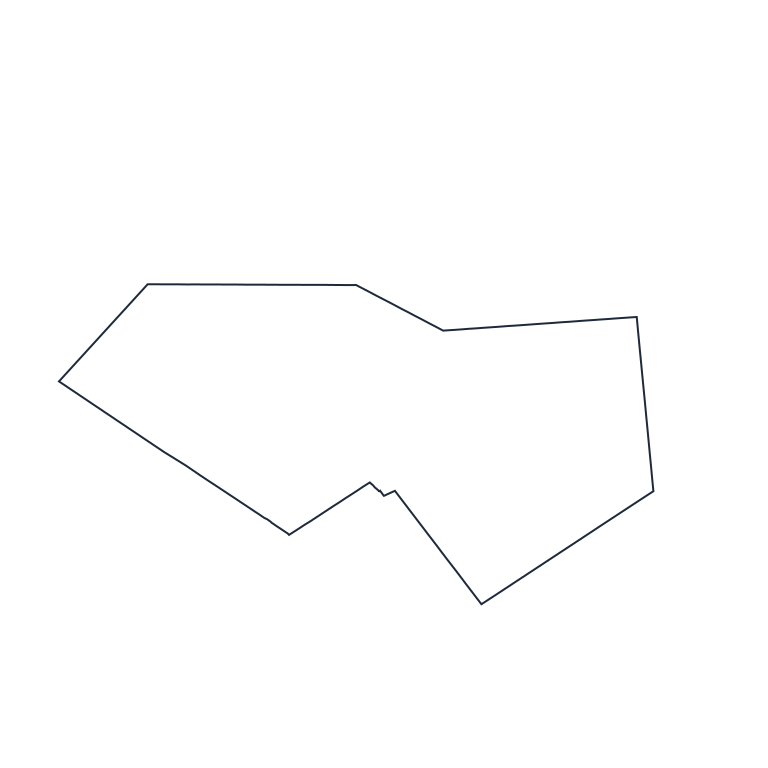 outline of Den Helder, Noord-Holland, Netherlands, rotated 28°
{"feature_id": "6326949B80665930632751", "entity_name": "Den Helder", "entity_type": "district", "adm_level": 2, "iso_a3": "NLD", "parent_name": "Netherlands", "parent_adm1": "Noord-Holland", "projection": "robinson", "projection_center": [4.789, 52.95], "detail": "fine", "context": "isolated", "style": "outline", "palette": "slate", "viewbox_px": 768, "rotation_deg": 28, "n_neighbors": 0, "source": "geoboundaries", "source_scale": "gbopen_adm2", "svg_char_len": 2996}
<svg xmlns="http://www.w3.org/2000/svg" viewBox="0 0 768 768"><g transform="rotate(28 384 384)"><path d="M371.0,561.8L371.3,561.3L371.5,560.9L376.6,551.8L378.1,549.1L378.2,548.9L378.9,547.6L379.9,545.8L380.8,544.2L381.7,542.7L382.8,540.9L383.3,539.9L384.0,538.8L384.4,538.0L384.9,537.0L385.1,536.7L393.4,521.5L396.4,516.0L399.1,511.2L401.3,507.2L403.5,503.1L403.6,502.9L403.7,502.7L405.7,499.2L408.5,494.2L410.5,490.6L413.4,485.1L417.1,478.6L417.7,477.6L418.1,477.7L418.2,477.8L418.8,477.9L418.9,478.0L419.2,478.0L419.3,478.1L419.5,478.1L419.8,478.1L420.1,478.2L420.3,478.2L420.6,478.3L421.0,478.4L421.4,478.5L421.7,478.5L422.0,478.6L422.5,478.8L422.9,479.0L423.4,479.2L423.7,479.3L423.9,479.4L424.2,479.5L424.5,479.6L425.0,479.8L425.4,479.8L425.9,479.9L426.2,480.0L426.5,480.0L427.1,480.2L427.6,480.3L428.1,480.4L428.3,480.4L428.6,480.5L428.9,480.6L429.2,480.8L429.5,480.9L429.7,481.0L429.8,481.0L430.0,481.0L430.2,480.9L430.3,480.9L430.6,480.6L430.9,480.3L430.9,480.2L432.2,480.8L433.6,481.5L435.0,482.2L436.4,482.8L436.6,482.6L437.6,481.3L437.6,481.2L437.8,481.0L438.3,480.3L438.4,480.2L439.4,478.9L439.5,478.8L440.3,477.7L440.6,477.3L440.7,477.2L442.0,475.5L443.8,473.2L453.8,477.8L467.7,484.2L484.5,491.9L489.3,494.1L492.5,495.6L495.6,497.0L507.9,502.6L513.6,505.3L522.5,509.4L537.6,516.2L544.9,519.6L548.5,521.3L555.9,524.7L573.4,532.7L578.1,524.2L579.5,521.7L635.7,418.8L641.5,408.1L666.0,363.4L672.2,352.2L665.1,341.5L659.0,332.2L651.7,321.2L644.2,309.8L642.8,307.7L637.8,300.1L629.9,288.2L623.2,278.0L615.1,265.8L607.8,254.8L600.4,243.6L592.9,232.3L585.3,220.8L575.7,206.2L570.5,209.4L564.4,213.2L558.0,217.2L551.2,221.5L545.4,225.1L539.2,229.0L532.1,233.4L531.3,233.9L525.3,237.7L518.5,242.0L511.5,246.3L504.9,250.5L501.2,252.8L497.5,255.1L489.2,260.3L481.9,264.9L472.8,270.6L465.8,274.9L459.2,279.1L452.8,283.1L445.4,287.7L439.4,291.5L433.2,295.3L426.3,299.7L419.9,303.7L419.7,303.8L411.8,308.7L411.3,309.1L404.9,309.1L395.1,309.2L386.1,309.2L379.0,309.3L370.9,309.3L365.6,309.4L361.9,309.4L352.5,309.4L344.0,309.5L336.0,309.6L326.1,309.6L316.3,309.7L312.9,309.7L309.4,311.6L302.8,315.1L296.9,318.2L290.5,321.5L284.2,324.8L276.3,329.0L269.7,332.5L261.7,336.7L253.0,341.3L245.8,345.1L238.6,348.9L231.7,352.5L223.6,356.8L216.8,360.4L208.3,364.8L201.1,368.6L193.5,372.6L185.5,376.8L178.0,380.8L171.1,384.4L163.5,388.5L156.7,392.0L150.1,395.5L142.7,399.4L135.5,403.2L128.5,406.9L95.8,534.3L221.4,547.3L245.6,548.9L247.1,549.0L253.5,549.7L263.4,550.8L263.6,550.8L263.8,550.9L266.4,551.1L274.3,551.9L285.3,552.9L306.0,554.9L329.3,557.2L329.9,557.3L330.1,557.3L330.3,557.3L330.9,557.4L331.5,557.4L332.6,557.5L340.9,558.4L341.3,558.4L341.9,558.4L342.2,558.4L342.6,558.4L343.2,558.3L343.7,558.3L344.2,558.3L344.3,558.3L344.5,558.3L345.7,558.4L346.1,558.5L347.7,558.7L348.4,558.8L348.8,558.9L349.3,559.0L349.7,559.2L349.8,559.2L350.2,559.3L350.4,559.3L351.5,559.4L354.9,559.8L369.2,561.2L369.3,561.2L369.5,561.3L370.5,561.6L371.0,561.8Z" fill="none" stroke="#1e293b" stroke-width="2"/></g></svg>